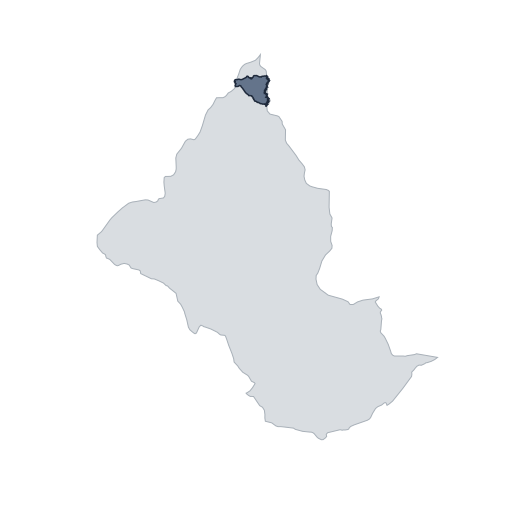 Obo, Haut-Mbomou, Central African Republic shown in context, rotated 256°
{"feature_id": "33826404B40761150188578", "entity_name": "Obo", "entity_type": "district", "adm_level": 2, "iso_a3": "CAF", "parent_name": "Central African Republic", "parent_adm1": "Haut-Mbomou", "projection": "natural_earth1", "projection_center": [26.309, 5.539], "detail": "fine", "context": "in_parent", "style": "filled", "palette": "slate", "viewbox_px": 512, "rotation_deg": 256, "n_neighbors": 0, "source": "geoboundaries", "source_scale": "gbopen_adm2", "svg_char_len": 8720}
<svg xmlns="http://www.w3.org/2000/svg" viewBox="0 0 512 512"><g transform="rotate(256 256 256)"><path d="M349.9,184.5L354.3,185.9L355.1,187.4L353.9,192.5L354.7,195.7L357.2,198.4L359.7,199.6L362.1,200.2L370.5,201.9L374.0,203.8L378.6,209.8L384.4,215.2L385.8,218.1L385.5,220.8L383.8,223.9L384.1,225.3L386.7,228.5L389.8,231.7L395.3,235.4L405.0,241.1L409.4,244.9L410.9,247.8L413.4,250.9L416.8,253.8L419.1,256.0L417.6,262.2L418.0,264.3L418.9,266.1L420.9,268.5L421.7,271.7L423.7,275.7L426.1,277.4L430.1,278.1L432.2,280.0L436.5,283.1L440.8,285.8L442.6,287.7L443.7,289.3L444.7,291.3L445.1,293.3L445.3,297.5L446.0,302.7L448.2,306.3L450.4,309.0L441.7,305.9L440.4,305.9L438.9,306.4L434.4,310.2L432.9,310.6L427.3,309.8L413.5,306.9L402.9,304.0L399.7,302.9L394.1,302.0L390.3,303.9L386.8,310.6L385.8,311.9L380.3,313.9L377.7,313.4L371.3,315.2L361.4,312.5L357.9,313.0L355.2,314.4L348.1,317.4L343.8,319.2L338.8,320.8L334.0,323.2L330.8,324.5L327.7,324.5L324.9,323.1L321.8,321.9L318.1,321.7L314.3,322.4L311.0,325.1L309.7,327.0L306.8,332.1L303.5,340.3L302.2,342.0L301.0,342.8L285.6,338.7L278.9,337.8L274.5,339.0L268.8,336.7L266.4,336.3L265.2,337.0L262.1,336.0L257.0,333.2L252.1,332.0L247.8,332.4L245.1,331.5L243.0,328.7L240.2,323.7L235.2,318.7L228.5,314.7L224.3,311.7L222.6,309.7L219.0,308.6L213.5,308.4L208.1,310.3L200.5,316.6L193.3,329.3L189.4,334.2L186.2,335.5L185.4,338.6L186.9,343.5L187.3,349.1L186.2,358.7L186.6,365.6L184.9,364.5L183.3,361.3L182.5,360.6L177.8,362.1L175.4,363.4L174.1,364.7L173.1,364.9L171.6,363.1L170.5,362.8L168.6,363.1L166.7,363.1L165.5,362.9L164.7,363.0L162.5,362.0L154.4,359.3L153.1,358.4L151.4,358.5L147.3,360.8L145.0,361.5L138.4,362.9L131.2,363.6L128.5,363.7L126.6,364.7L125.4,366.2L123.2,375.0L122.6,376.5L122.7,378.8L122.0,385.9L122.3,388.1L113.7,407.6L112.3,404.4L111.4,400.5L111.1,396.2L111.3,395.0L110.7,393.7L110.0,390.1L110.7,387.8L110.1,385.4L108.5,383.1L107.0,381.3L106.1,379.6L105.4,378.9L103.7,378.7L101.5,377.8L92.0,366.4L82.2,353.5L80.2,349.4L79.4,347.0L81.8,346.7L82.4,346.2L82.5,345.1L81.0,341.8L80.3,337.6L79.1,335.1L75.2,331.1L71.5,328.1L70.4,326.6L69.7,324.4L68.4,310.5L67.7,306.6L66.6,304.8L65.7,304.1L65.4,303.1L65.6,300.6L66.1,298.4L66.1,297.5L67.1,295.6L67.2,282.7L66.0,281.0L63.8,280.9L62.6,279.1L61.6,276.7L61.9,275.0L64.1,272.4L65.5,271.4L69.7,269.4L70.9,268.3L71.7,267.1L72.2,265.4L74.6,258.8L78.3,252.2L79.9,250.8L83.6,241.1L84.5,238.6L85.1,236.1L86.3,234.2L90.3,230.9L93.4,225.1L96.6,225.4L100.0,226.3L104.3,226.8L107.7,225.7L109.9,223.4L120.3,219.6L121.1,216.5L122.7,214.9L124.7,213.4L125.3,213.2L125.5,214.3L126.6,217.5L129.0,220.7L132.4,224.2L133.4,223.9L135.6,221.3L141.1,219.7L142.4,218.9L146.3,215.1L151.0,212.6L153.7,211.7L158.4,209.1L161.7,209.5L167.1,209.1L176.0,207.9L182.5,207.4L185.8,207.0L186.6,206.4L187.9,202.7L188.9,201.7L191.3,200.1L196.1,194.5L199.2,189.8L200.2,188.0L200.8,187.7L202.2,185.8L200.9,183.7L195.6,179.5L195.6,178.9L195.3,178.2L195.6,177.6L197.7,175.9L200.4,174.0L203.3,173.2L211.0,173.4L217.5,173.0L219.0,173.1L224.1,172.1L227.5,171.2L231.1,169.2L239.1,169.4L245.9,164.2L247.8,163.3L248.7,162.5L248.9,161.7L252.1,159.7L255.6,155.5L258.4,151.7L259.2,149.0L266.8,139.9L269.5,140.1L270.8,139.0L273.8,132.9L274.7,131.8L277.9,130.8L279.4,129.0L280.7,126.3L280.7,123.0L280.1,120.3L280.1,119.0L280.9,117.9L282.1,116.7L287.9,113.4L289.3,111.8L290.2,110.4L291.8,110.2L293.6,110.3L294.7,109.4L296.0,107.9L300.0,105.9L303.7,104.4L307.6,105.0L314.6,107.1L316.7,111.4L317.7,112.9L326.4,123.1L328.1,125.5L332.4,133.0L335.0,138.0L338.0,145.2L338.3,149.1L337.9,152.5L337.3,162.0L336.5,164.7L332.6,169.8L332.5,172.1L333.2,174.0L334.4,174.8L335.1,175.8L334.7,180.2L336.0,181.9L338.9,183.1L346.2,183.9L349.9,184.5Z" fill="#d9dde1" stroke="#a8b0b8" stroke-width="1"/><path d="M432.1,278.7L431.8,278.0L431.0,277.4L430.7,277.3L430.7,277.8L430.3,278.1L429.8,277.9L429.5,277.5L429.2,277.4L428.8,277.6L428.3,278.1L428.2,278.2L427.9,277.9L427.6,277.6L427.2,277.7L426.5,277.0L426.2,276.9L425.9,277.0L425.4,277.1L424.9,279.5L425.1,280.4L425.5,281.1L424.8,282.4L423.9,282.5L421.7,283.7L420.8,283.9L419.8,284.4L419.0,284.6L418.2,285.0L417.4,285.2L415.9,286.1L414.6,287.3L413.3,287.9L413.3,288.4L412.5,290.6L411.7,290.6L411.4,291.0L410.4,291.5L409.7,291.3L409.0,291.8L408.5,291.6L408.0,292.0L407.0,292.1L406.4,292.5L406.4,293.0L405.6,294.0L405.0,294.2L404.7,294.4L404.6,295.2L403.8,296.2L403.3,296.7L402.8,297.0L402.6,297.8L402.3,298.4L401.8,299.1L401.6,300.1L401.2,300.8L401.3,301.0L401.5,301.3L401.4,301.6L401.2,301.7L400.6,301.7L399.6,302.1L399.0,301.9L398.9,302.1L399.0,302.3L399.5,302.3L399.5,302.5L399.6,302.8L399.8,303.2L399.8,303.4L400.0,303.5L400.3,303.4L400.4,303.7L400.5,303.9L400.5,304.2L400.5,304.4L400.9,304.3L401.0,304.2L401.3,304.0L401.5,304.0L401.7,303.8L401.7,303.6L401.4,303.7L401.3,303.4L401.7,303.1L401.9,303.1L402.1,303.4L402.0,303.6L402.1,303.9L402.0,304.1L401.7,304.3L402.0,304.5L402.5,304.0L402.8,304.1L402.6,304.3L402.5,304.7L402.3,305.1L402.6,305.0L402.8,305.1L402.7,305.3L402.9,305.6L402.9,305.8L403.1,305.8L403.2,306.2L403.4,305.9L403.5,305.9L403.5,305.4L403.6,305.2L403.9,305.0L404.2,304.9L404.4,305.1L404.6,305.0L404.8,305.0L404.8,305.3L404.6,305.4L404.6,305.5L404.9,305.8L405.1,305.7L405.1,305.9L405.3,306.5L405.2,306.9L405.3,306.9L405.5,306.8L405.7,306.6L405.6,306.2L405.4,306.1L405.4,305.7L405.7,305.6L405.9,305.8L406.0,305.8L406.2,305.6L406.3,305.5L406.8,305.7L407.0,306.0L407.2,305.9L407.1,305.7L406.9,305.6L407.0,305.5L407.0,305.3L407.2,305.0L407.2,304.8L407.3,304.6L407.5,304.2L407.8,304.8L407.9,305.0L408.0,304.9L408.1,304.5L408.3,304.5L408.5,304.9L408.5,305.0L408.4,305.1L408.4,305.4L408.5,305.5L408.6,305.4L408.8,305.5L409.0,305.4L409.4,305.5L409.5,305.3L409.6,305.0L409.8,305.0L409.8,305.3L409.7,305.5L410.1,306.0L410.2,305.7L410.3,305.5L410.2,305.3L410.3,305.2L410.5,305.1L410.8,305.2L410.9,305.3L411.0,305.5L411.1,305.4L411.1,305.1L411.2,304.7L410.9,304.5L411.0,304.3L411.4,304.2L411.5,304.6L411.8,304.5L411.7,304.3L412.0,304.2L412.1,303.9L412.3,303.9L412.1,303.5L412.3,303.5L412.6,303.8L413.0,303.7L413.1,303.8L413.0,304.1L413.0,304.4L413.0,304.5L413.6,304.3L413.6,304.2L413.8,304.2L413.8,304.6L414.0,304.8L413.9,304.8L413.9,305.0L414.1,304.9L414.2,304.7L414.2,304.4L414.3,304.4L414.5,304.4L414.5,304.5L414.6,304.8L414.5,305.0L414.8,305.2L414.5,305.3L414.7,305.7L414.8,305.8L414.7,306.0L414.8,306.1L414.9,305.9L414.8,305.7L415.0,305.4L415.1,305.5L415.3,305.4L415.3,305.6L415.2,305.7L415.2,305.9L415.3,305.9L415.3,306.0L415.4,306.3L415.5,306.2L415.6,305.8L415.8,305.8L415.8,306.1L416.0,306.1L415.9,306.5L415.7,306.6L415.9,306.8L416.2,306.7L416.4,306.7L416.6,306.7L416.7,306.8L416.9,306.8L416.8,307.0L416.7,307.0L416.8,307.1L416.7,307.1L417.1,307.1L417.1,307.4L417.3,307.5L417.2,307.7L417.2,307.9L417.6,307.6L417.5,307.4L417.7,307.5L417.8,307.8L418.0,307.9L418.0,307.7L418.4,307.5L418.5,307.7L418.7,307.4L418.8,307.2L418.8,307.5L419.0,307.6L419.1,307.8L419.3,307.8L419.4,307.7L419.6,307.7L419.9,307.5L420.0,307.7L420.0,307.8L420.1,308.0L419.9,308.2L420.2,308.3L420.1,308.5L420.4,308.3L420.3,308.1L420.7,308.1L420.7,308.3L420.6,308.5L420.8,308.4L420.8,308.5L420.8,308.8L420.9,308.7L421.2,308.9L421.3,308.7L421.4,308.8L421.5,309.1L421.3,309.4L421.4,309.6L421.6,309.5L421.6,309.4L421.8,309.3L421.9,309.6L421.8,309.8L422.0,309.9L421.9,310.0L422.0,310.1L421.9,310.2L421.7,310.1L421.8,310.2L421.8,310.4L422.1,310.7L422.3,310.6L422.3,310.4L422.4,310.6L422.5,310.7L422.8,310.7L422.6,310.8L422.6,311.1L422.9,311.1L422.9,310.8L423.0,310.7L423.3,310.8L423.3,311.2L423.6,311.0L423.6,310.9L423.7,311.1L424.0,311.2L423.9,311.0L423.9,310.9L424.0,310.9L424.2,310.6L424.3,310.4L424.4,310.2L424.5,310.4L424.4,310.4L424.5,310.6L424.4,310.8L424.3,311.0L424.5,310.9L424.6,310.7L424.8,310.7L424.6,310.5L424.6,310.4L424.9,310.2L424.8,309.9L425.0,310.1L425.1,310.4L425.2,310.5L425.3,310.4L425.4,310.0L425.5,309.8L425.7,310.0L425.8,309.9L425.7,309.8L425.8,309.7L425.8,309.8L426.0,309.9L426.0,310.1L426.2,309.9L426.3,309.8L426.4,309.7L426.7,309.7L426.9,309.7L426.7,309.9L426.7,310.0L426.9,310.0L426.9,310.3L427.0,310.3L427.1,310.5L427.2,310.4L427.1,310.0L427.1,309.8L427.4,309.8L427.5,309.8L427.4,309.7L427.6,309.7L427.7,309.8L427.8,309.7L427.9,309.8L427.9,310.1L428.0,309.9L428.1,310.0L428.2,309.9L428.3,310.0L428.4,309.9L428.5,309.8L428.2,308.8L428.6,307.9L428.6,306.9L428.8,305.9L428.9,305.2L428.4,304.5L428.7,304.0L428.8,303.1L429.1,302.4L430.9,300.3L431.5,297.8L431.2,297.1L430.3,296.5L430.0,296.0L429.9,295.6L429.1,294.9L429.0,294.4L429.2,293.9L430.2,293.2L430.3,293.4L430.5,292.6L430.8,292.3L431.2,292.2L431.4,291.9L431.9,291.9L432.2,291.7L432.5,291.3L432.6,290.7L432.3,290.3L431.9,290.0L431.6,289.4L431.2,287.7L430.6,285.0L430.9,283.6L431.7,282.2L431.8,281.4L431.7,280.7L431.8,280.0L432.1,278.7Z" fill="#64748b" stroke="#1e293b" stroke-width="1.5"/></g></svg>